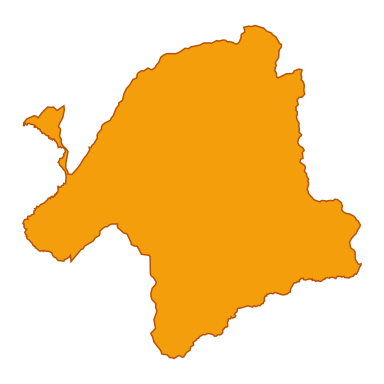 Pensilvania, Caldas, Colombia (Albers equal-area conic projection)
{"feature_id": "7082276B91355004650478", "entity_name": "Pensilvania", "entity_type": "district", "adm_level": 2, "iso_a3": "COL", "parent_name": "Colombia", "parent_adm1": "Caldas", "projection": "albers", "projection_center": [-75.149, 5.404], "detail": "fine", "context": "isolated", "style": "filled", "palette": "amber", "viewbox_px": 384, "rotation_deg": 0, "n_neighbors": 0, "source": "geoboundaries", "source_scale": "gbopen_adm2", "svg_char_len": 5873}
<svg xmlns="http://www.w3.org/2000/svg" viewBox="0 0 384 384"><path d="M23.5,125.6L24.2,125.7L25.3,123.5L26.9,125.0L27.6,123.7L29.0,123.4L30.6,124.3L34.1,124.8L35.1,125.8L34.2,126.7L34.3,127.3L37.1,127.3L38.1,129.1L39.3,128.7L40.2,129.6L40.2,130.9L41.3,131.5L42.3,133.5L43.9,133.2L46.1,135.3L48.5,135.9L48.6,138.0L50.0,137.8L50.2,139.0L51.7,139.0L52.3,140.0L53.1,139.1L54.4,139.1L54.6,140.7L55.8,141.2L57.3,143.8L58.2,147.5L60.3,146.7L61.5,147.8L62.8,147.2L65.0,149.4L65.3,151.1L65.3,152.1L63.5,154.2L63.9,155.5L62.3,158.1L59.8,158.6L59.3,160.7L58.1,162.3L59.2,163.2L59.6,165.0L63.1,168.6L63.3,169.5L65.0,170.7L66.2,176.6L65.6,183.6L63.7,183.3L63.3,185.3L61.8,185.6L60.8,187.2L59.3,187.3L58.4,186.2L57.9,186.4L58.1,190.8L57.6,192.1L56.7,192.5L56.9,193.5L56.4,194.2L55.3,193.9L54.8,194.3L55.3,194.9L54.4,196.3L53.9,196.6L53.3,196.2L53.0,197.2L51.3,196.4L50.2,198.7L49.4,197.9L48.2,198.4L47.1,200.2L44.1,203.0L40.7,204.5L38.9,206.7L36.9,206.3L36.3,208.2L34.8,208.7L35.5,209.4L35.1,210.5L34.0,211.0L33.8,214.2L31.6,214.8L29.9,216.2L27.9,216.3L27.4,217.7L27.9,219.2L25.0,219.4L24.1,220.3L23.0,223.3L23.7,223.6L23.5,224.4L24.3,225.1L23.9,226.7L24.3,227.6L25.2,228.7L26.7,229.1L24.8,232.3L25.4,233.9L26.7,235.0L26.1,236.1L26.9,236.8L26.7,237.5L27.5,239.1L29.2,240.0L32.5,243.9L32.9,245.1L35.4,247.0L35.3,247.8L36.7,248.3L38.5,250.2L40.2,251.2L42.1,250.5L43.1,251.4L44.1,250.5L44.7,251.0L48.6,251.3L51.7,252.7L53.0,255.8L54.3,257.3L55.8,257.6L58.1,260.5L63.9,261.1L64.4,259.9L68.7,257.5L70.4,255.3L71.0,261.6L81.1,249.5L83.2,248.6L84.7,246.0L93.3,241.0L95.2,237.8L99.2,235.6L99.8,234.2L100.0,231.1L102.0,229.1L104.8,226.9L107.3,226.7L110.2,224.5L112.6,224.0L117.5,224.0L117.3,226.8L118.1,228.0L123.8,233.0L127.1,234.0L131.1,242.6L131.2,244.3L134.2,246.0L137.2,246.2L141.5,254.3L149.0,255.3L150.1,256.7L150.4,274.1L151.5,276.1L153.5,277.6L156.4,282.4L155.2,285.1L152.2,288.1L150.9,293.5L151.0,296.4L151.9,299.4L155.7,303.5L155.7,307.9L156.6,309.6L156.7,312.2L153.9,319.6L155.5,328.4L150.8,333.5L152.5,336.7L154.0,342.0L160.7,350.5L161.8,353.8L163.0,354.4L166.9,354.6L169.7,357.6L172.5,357.7L174.0,358.5L178.6,355.6L180.1,355.8L182.1,357.2L183.7,357.0L186.5,352.5L189.9,350.2L190.8,346.8L193.6,345.2L193.0,342.5L196.5,339.9L196.9,338.8L198.6,338.3L199.5,336.6L203.3,334.6L204.7,334.8L208.2,333.4L212.1,334.2L213.9,335.3L214.4,336.2L216.2,336.1L217.9,334.7L219.8,334.9L221.5,334.1L222.7,332.5L222.6,330.9L223.4,329.1L224.3,328.6L224.6,327.6L227.1,326.9L227.7,326.0L227.4,322.1L228.2,320.8L228.3,319.0L230.6,318.7L231.1,316.9L232.5,318.0L235.0,317.2L235.7,315.7L234.7,314.5L234.8,313.4L236.6,312.2L237.4,310.4L237.3,309.2L238.0,308.3L240.5,308.1L248.0,305.8L252.4,307.1L254.3,305.7L256.0,306.5L258.7,305.4L260.0,305.7L261.6,303.9L263.2,303.5L263.6,301.9L264.7,300.8L264.2,299.2L264.9,296.2L266.8,295.9L266.8,294.2L268.5,294.2L270.2,293.1L273.0,293.8L275.1,292.4L281.7,294.7L284.3,294.8L287.4,293.9L288.8,292.5L290.4,292.1L290.6,288.7L294.0,282.9L295.9,282.9L296.9,281.7L298.0,281.9L298.5,281.2L299.4,281.6L299.6,279.9L300.8,278.5L301.8,278.8L303.3,278.2L303.7,279.7L305.9,280.0L309.1,278.9L310.9,279.3L312.2,278.9L312.3,280.5L314.2,280.0L315.5,281.2L316.2,280.6L317.1,281.1L318.4,280.6L318.9,281.2L320.8,281.5L323.9,279.2L324.9,279.2L325.4,278.1L327.3,277.6L329.6,278.2L330.2,277.4L331.9,277.1L334.7,277.7L335.0,278.4L335.8,278.5L337.4,276.3L340.7,276.4L341.4,277.1L344.1,276.4L344.6,277.5L349.0,278.0L350.0,277.1L353.1,276.3L354.9,273.8L356.4,274.2L358.9,269.2L359.3,267.3L360.8,265.6L361.0,263.8L359.2,264.4L357.9,263.8L355.2,259.0L355.1,252.0L353.9,250.1L350.8,248.1L349.5,242.3L351.6,238.3L356.0,233.6L358.0,229.4L359.9,226.7L360.2,224.6L357.9,220.8L356.4,219.9L355.3,217.5L353.1,215.7L350.0,214.2L345.6,213.3L342.5,211.1L341.6,209.3L342.4,206.2L341.3,202.6L337.2,199.5L335.1,199.2L332.9,200.9L331.3,200.4L328.0,200.7L326.4,201.5L326.0,200.9L322.2,200.5L321.2,200.7L320.3,201.7L318.6,201.6L314.0,199.7L308.3,193.3L308.1,191.2L307.1,189.3L308.5,184.7L308.6,182.9L307.8,181.3L308.5,179.1L306.7,176.3L306.5,173.7L304.4,171.3L305.4,166.9L304.2,165.1L299.9,162.1L300.5,159.3L303.0,158.2L302.3,152.5L304.2,150.5L303.2,148.2L299.1,145.4L297.7,142.6L298.3,139.2L300.3,136.2L301.2,135.9L301.6,134.7L298.9,132.2L299.4,129.5L298.8,125.9L299.1,123.4L296.9,119.4L296.5,116.1L297.4,114.8L297.2,111.6L295.8,110.1L296.3,108.7L295.6,107.2L298.2,104.7L297.2,100.2L298.2,98.3L299.4,97.4L302.2,97.0L304.7,94.1L303.8,90.4L304.3,85.6L303.7,83.0L302.7,81.1L301.1,79.7L301.8,77.3L300.9,74.2L301.9,71.1L301.8,69.6L298.6,69.2L294.2,70.9L293.2,73.0L291.2,73.6L286.6,73.7L278.5,77.7L276.8,77.3L276.1,72.2L274.6,70.9L275.3,68.8L275.0,67.9L276.3,65.6L275.4,62.7L278.7,57.4L279.0,51.0L279.8,49.0L281.2,47.5L281.5,44.5L279.6,43.5L276.0,37.0L272.3,34.6L271.6,33.1L266.6,31.1L263.7,28.1L255.0,25.5L251.9,26.5L248.0,26.2L243.8,27.4L244.7,30.3L244.5,32.2L241.3,34.5L241.0,37.7L239.5,41.7L237.1,44.0L235.3,43.9L232.6,42.3L229.0,41.6L227.7,42.0L225.5,40.2L222.6,40.1L219.0,41.1L216.7,40.6L211.3,43.4L210.2,42.9L203.4,43.1L200.2,45.0L190.9,46.9L188.6,48.6L185.1,48.3L179.2,52.4L175.7,53.7L166.9,53.6L163.5,55.2L160.8,57.2L159.0,62.0L155.7,66.1L155.5,67.3L152.4,69.5L151.2,69.7L148.0,68.1L143.8,70.9L141.4,70.8L138.2,72.8L137.1,74.6L136.7,77.9L132.8,79.7L129.9,84.8L126.6,88.4L123.9,94.0L122.5,100.2L118.9,102.8L118.7,105.2L116.3,108.1L113.2,115.8L111.4,117.8L110.3,120.3L105.5,122.6L102.4,125.0L101.5,126.9L101.4,129.2L97.8,133.4L97.0,135.5L97.3,138.2L93.7,144.0L92.1,145.2L91.2,147.5L89.1,147.3L89.7,149.9L86.4,155.5L84.1,158.1L79.1,166.3L71.9,174.5L67.8,173.9L67.9,172.1L65.7,167.7L65.9,162.9L68.0,151.6L66.5,149.2L62.8,145.8L61.2,142.4L61.2,138.9L59.6,136.4L60.5,129.7L60.3,128.5L58.7,127.0L58.7,125.4L62.9,117.1L64.3,109.9L63.9,105.8L57.1,110.5L53.5,107.1L50.5,107.4L47.8,107.0L41.9,112.8L38.1,117.9L36.2,116.3L34.2,115.7L26.8,118.9L23.7,122.9L23.5,125.6Z" fill="#f59e0b" stroke="#b45309" stroke-width="1.5"/></svg>